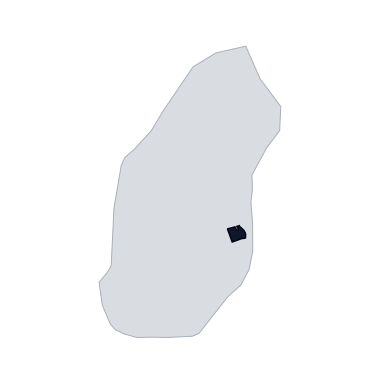 56, Ar Rayyān, Qatar shown in context, rotated 15°
{"feature_id": "91078587B78066269672175", "entity_name": "56", "entity_type": "district", "adm_level": 2, "iso_a3": "QAT", "parent_name": "Qatar", "parent_adm1": "Ar Rayyān", "projection": "mercator", "projection_center": [51.499, 25.212], "detail": "fine", "context": "in_parent", "style": "filled", "palette": "ink", "viewbox_px": 384, "rotation_deg": 15, "n_neighbors": 0, "source": "geoboundaries", "source_scale": "gbopen_adm2", "svg_char_len": 887}
<svg xmlns="http://www.w3.org/2000/svg" viewBox="0 0 384 384"><g transform="rotate(15 192 192)"><path d="M207.2,338.5L191.3,342.5L176.4,346.8L164.0,346.7L154.0,345.0L147.4,340.9L134.6,324.5L125.6,303.2L131.1,291.4L133.0,284.0L120.8,227.8L116.8,184.7L118.3,175.8L125.3,165.6L136.9,143.0L143.1,121.3L160.6,70.9L179.0,51.5L206.2,37.2L228.5,65.1L255.6,86.4L260.8,110.1L252.8,129.5L245.5,160.2L249.8,174.3L251.5,186.5L258.8,207.0L266.0,233.6L267.2,252.1L263.3,269.2L253.9,283.5L235.3,326.7L229.8,331.2L207.2,338.5Z" fill="#d9dde1" stroke="#a8b0b8" stroke-width="1"/><path d="M255.5,222.5L255.5,222.3L254.8,219.3L254.5,218.4L253.3,216.9L252.2,215.8L251.8,215.5L246.2,212.5L246.2,212.4L244.2,213.6L246.7,216.3L245.3,217.5L242.5,214.6L235.5,218.6L235.8,218.5L243.4,229.4L243.8,229.9L248.7,226.5L251.8,224.3L255.1,222.9L255.5,222.5Z" fill="#0f172a" stroke="#020617" stroke-width="1.5"/></g></svg>